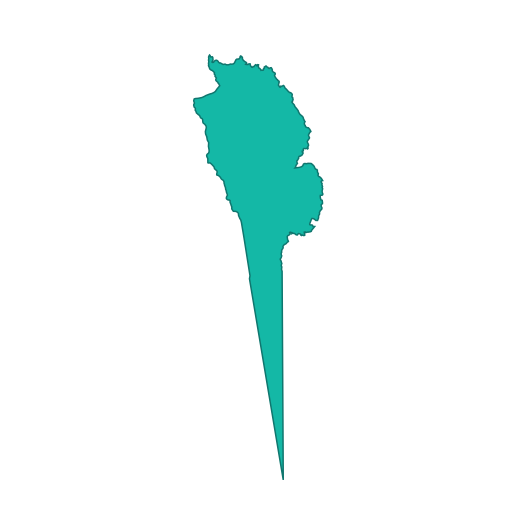 Runyenjes, Eastern, Kenya (orthographic projection), rotated 220°
{"feature_id": "3690345B92144089270932", "entity_name": "Runyenjes", "entity_type": "district", "adm_level": 2, "iso_a3": "KEN", "parent_name": "Kenya", "parent_adm1": "Eastern", "projection": "orthographic", "projection_center": [37.591, -0.339], "detail": "fine", "context": "isolated", "style": "filled", "palette": "teal", "viewbox_px": 512, "rotation_deg": 220, "n_neighbors": 0, "source": "geoboundaries", "source_scale": "gbopen_adm2", "svg_char_len": 6170}
<svg xmlns="http://www.w3.org/2000/svg" viewBox="0 0 512 512"><g transform="rotate(220 256 256)"><path d="M328.0,399.5L329.8,401.0L330.5,400.9L331.0,401.3L332.0,403.0L333.0,403.4L334.5,403.4L335.1,402.9L336.8,402.8L339.9,403.3L342.0,403.4L342.8,403.9L343.8,404.3L344.7,404.2L345.0,403.2L345.5,402.4L346.1,402.1L345.8,401.6L345.9,400.8L346.6,400.7L347.3,401.0L348.4,401.1L349.0,401.8L349.4,402.9L349.9,403.3L350.0,404.2L350.8,404.7L352.1,404.5L352.9,404.9L353.6,404.7L356.2,405.4L357.0,405.7L357.7,406.1L358.1,406.6L358.0,407.2L358.3,407.9L358.9,408.3L359.7,408.4L360.4,408.0L361.8,408.1L362.6,408.3L363.0,409.0L364.4,409.8L365.4,410.0L366.1,409.3L366.5,408.1L367.4,407.9L368.1,408.2L368.8,407.9L370.5,408.0L370.9,406.7L371.1,405.9L370.5,405.6L370.3,404.9L370.6,404.2L369.9,403.2L370.2,402.6L371.1,402.1L371.5,401.4L372.5,401.9L373.5,402.1L374.8,401.9L375.5,402.3L376.2,402.9L377.0,404.1L377.6,403.7L377.1,403.1L377.5,402.3L378.4,402.6L379.2,402.4L379.4,401.5L379.3,399.6L380.0,399.3L380.0,398.3L380.5,397.9L382.4,398.2L383.1,398.7L384.1,399.4L385.1,398.3L385.2,397.6L386.1,396.8L387.1,396.2L387.2,397.8L388.0,398.0L389.9,397.7L392.2,397.9L393.2,398.4L394.1,399.4L395.5,399.6L396.4,399.3L396.4,398.6L395.7,398.2L395.8,397.3L395.7,395.9L396.3,395.4L397.3,394.4L397.5,393.5L396.6,389.8L396.9,388.5L398.0,387.2L398.8,386.8L399.5,385.7L399.8,385.0L400.4,384.4L401.7,383.4L402.9,383.2L403.6,382.5L404.3,381.6L407.4,381.0L408.0,380.4L409.0,380.4L410.5,380.8L411.4,380.8L412.2,380.5L412.6,380.1L413.0,379.4L413.1,378.6L413.1,377.0L413.6,376.4L414.4,376.3L414.8,378.0L415.0,378.6L416.8,380.4L417.6,380.5L418.5,379.4L419.3,379.6L420.1,380.1L420.8,380.1L420.6,379.0L420.2,377.9L419.2,377.0L418.2,375.4L417.4,374.9L415.9,372.6L415.0,372.0L414.8,371.3L414.1,370.9L413.4,370.7L412.8,370.2L411.4,369.5L409.6,369.6L408.8,370.0L406.8,369.9L405.6,369.7L405.0,368.6L404.0,368.4L403.2,368.0L402.9,367.3L400.8,366.9L400.3,365.4L399.9,364.9L399.1,364.6L396.7,364.5L396.0,364.0L395.2,364.0L393.2,363.1L393.2,358.8L392.9,355.9L393.3,354.3L394.3,352.1L395.4,350.6L397.5,346.8L398.2,344.9L399.3,342.6L401.7,339.6L403.7,337.6L404.3,336.6L403.6,335.0L403.0,334.5L401.6,333.7L401.2,333.1L401.2,332.3L400.7,331.5L399.8,330.9L399.3,330.4L397.5,330.2L396.9,329.7L396.6,329.0L396.1,328.5L395.1,328.3L393.6,327.3L392.0,327.3L391.4,327.2L390.4,327.3L389.4,327.3L387.4,326.3L386.6,326.3L385.6,326.6L384.6,326.2L382.8,324.4L381.8,323.9L380.1,324.0L378.2,323.6L377.6,323.3L376.5,322.3L374.8,318.8L373.6,317.6L372.9,317.0L370.4,315.7L367.8,313.5L365.2,312.5L362.9,309.4L360.0,307.0L358.9,305.6L358.5,304.5L358.8,302.4L358.5,301.4L357.9,300.8L357.3,300.4L355.6,299.7L352.8,296.5L352.0,296.8L351.2,297.7L350.5,297.8L349.0,297.8L345.9,297.4L345.1,297.1L343.9,296.2L340.9,296.1L340.2,295.8L339.7,295.3L338.7,293.4L338.2,292.9L337.5,293.0L336.7,293.5L335.6,293.5L333.9,293.4L332.4,292.8L331.6,292.7L329.8,292.9L328.6,292.5L327.9,292.0L327.4,291.3L326.8,291.0L325.4,289.9L323.1,288.6L322.3,287.7L321.2,287.1L320.5,286.7L320.0,286.1L317.4,284.6L316.9,284.1L316.7,282.8L316.4,282.0L315.8,281.1L315.1,280.8L314.1,280.8L313.2,281.1L312.3,281.8L311.5,281.8L310.4,280.5L308.4,279.4L307.2,278.6L306.1,278.1L305.2,276.9L304.6,276.4L302.1,275.7L300.1,277.2L299.3,277.4L298.2,277.6L296.8,277.3L296.1,276.5L295.1,275.6L294.5,275.4L292.7,274.4L290.8,273.8L288.7,272.3L276.4,261.8L247.9,237.0L246.4,234.4L91.2,102.0L226.2,261.1L227.5,261.9L228.2,262.6L228.6,263.4L229.3,264.3L230.2,264.6L230.8,265.4L231.5,267.0L232.4,267.4L233.5,268.3L234.3,268.5L235.5,269.2L235.6,270.8L236.4,272.7L237.3,273.1L238.4,274.2L238.7,274.9L238.8,275.6L239.5,276.0L239.8,276.8L240.3,277.6L240.2,278.4L240.3,279.2L240.8,280.1L241.4,280.4L241.6,281.1L241.7,282.6L241.5,283.4L241.1,284.1L240.9,284.8L240.9,286.7L240.6,287.4L240.6,288.1L242.4,288.9L244.5,290.8L244.8,291.9L244.3,292.9L244.0,294.1L244.0,295.0L244.7,295.2L245.3,295.5L245.2,296.2L243.5,297.0L242.9,296.2L242.5,297.2L241.8,297.4L241.0,298.0L239.1,298.0L238.4,298.3L237.8,298.8L238.0,299.7L237.9,300.5L236.4,301.3L235.4,301.3L235.0,300.8L234.2,301.0L234.1,301.7L233.2,302.2L232.4,302.4L232.0,303.2L233.1,304.4L233.9,304.7L234.4,305.3L233.8,306.1L233.1,305.9L232.5,306.5L232.0,307.3L231.1,308.1L229.8,309.7L229.5,310.5L229.9,311.3L230.0,316.3L231.4,315.3L232.6,315.9L233.3,315.6L234.1,314.9L235.0,314.6L235.5,315.1L237.0,319.3L237.3,320.7L235.8,321.7L234.9,321.6L233.8,321.8L233.0,321.7L231.7,322.8L232.5,325.2L233.2,326.3L233.7,326.7L234.0,327.4L234.1,328.6L234.6,329.4L235.4,330.1L235.9,332.2L235.7,333.9L236.0,334.7L236.6,335.4L237.7,335.8L238.9,337.0L239.0,337.6L238.7,338.8L239.5,339.8L241.1,341.2L242.5,340.7L242.9,341.2L243.7,341.6L245.2,343.0L245.7,343.8L245.1,344.5L244.5,344.9L244.3,345.6L244.6,346.5L245.2,346.7L245.8,347.1L247.1,348.2L248.2,350.4L249.4,351.0L249.6,351.9L250.9,352.7L251.4,353.0L251.8,353.9L253.5,354.5L254.0,355.0L254.0,355.8L253.4,356.6L255.9,357.5L256.7,357.5L257.9,357.6L258.9,357.3L259.9,357.4L260.6,357.9L260.8,358.6L261.3,359.3L262.6,359.6L263.5,360.4L264.2,361.2L265.1,361.4L265.9,360.9L267.0,361.0L268.7,361.9L270.0,362.3L273.0,362.4L273.7,362.0L275.1,360.9L275.9,360.2L276.6,359.2L277.3,358.7L277.9,358.4L278.5,357.7L278.7,356.6L278.3,355.9L278.2,355.0L278.4,354.0L279.0,352.8L279.5,352.1L280.3,351.1L282.7,348.6L282.7,349.3L283.6,351.1L283.8,353.6L284.8,354.0L285.8,355.0L285.8,356.6L286.0,357.2L286.1,358.2L286.8,359.0L287.0,360.0L286.6,360.7L286.0,361.3L286.0,362.2L285.6,363.0L286.1,365.2L287.2,365.3L287.9,365.9L287.4,366.4L287.5,367.2L288.5,368.1L288.4,369.2L287.2,369.9L286.8,370.4L286.4,371.1L285.3,371.2L285.4,372.2L286.3,372.5L286.7,373.2L286.6,373.8L286.9,374.6L287.9,375.4L288.7,375.6L290.2,376.5L290.5,377.2L290.8,380.5L291.3,381.2L292.1,381.4L293.4,382.2L293.9,383.1L293.8,384.0L294.2,384.7L294.3,385.4L294.0,386.0L294.0,386.7L296.3,387.6L298.3,387.9L299.1,387.3L300.8,386.9L301.7,387.2L302.1,387.6L302.8,387.7L303.5,388.0L304.5,389.0L304.8,390.5L306.2,390.8L306.9,391.3L307.8,391.6L308.4,392.1L309.1,392.5L310.0,392.8L313.5,392.8L315.8,393.6L317.1,394.4L319.5,395.0L322.5,395.5L323.1,396.0L323.7,396.3L326.4,396.7L327.5,397.0L327.4,397.7L327.6,398.4L328.1,398.8L328.0,399.5Z" fill="#14b8a6" stroke="#0f766e" stroke-width="1.5"/></g></svg>